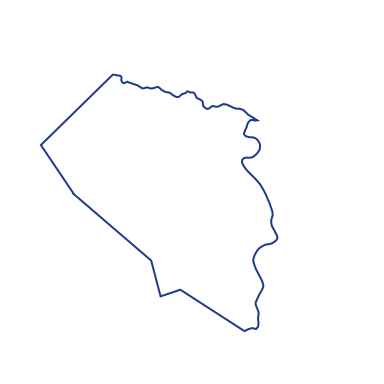 outline of St. Joseph Estate, Dennery, Saint Lucia, rotated 134°
{"feature_id": "8701671B99871718233737", "entity_name": "St. Joseph Estate", "entity_type": "district", "adm_level": 2, "iso_a3": "LCA", "parent_name": "Saint Lucia", "parent_adm1": "Dennery", "projection": "equal_earth", "projection_center": [-60.918, 13.902], "detail": "fine", "context": "isolated", "style": "outline", "palette": "blue", "viewbox_px": 384, "rotation_deg": 134, "n_neighbors": 0, "source": "geoboundaries", "source_scale": "gbopen_adm2", "svg_char_len": 3062}
<svg xmlns="http://www.w3.org/2000/svg" viewBox="0 0 384 384"><g transform="rotate(134 192 192)"><path d="M97.4,205.5L97.3,207.3L97.3,210.3L97.5,212.3L98.3,214.1L99.3,216.0L100.6,217.3L101.3,218.2L102.4,220.1L103.1,222.3L104.5,226.5L105.1,228.1L106.1,229.1L106.6,230.2L107.1,230.5L110.2,231.8L112.6,232.6L113.5,233.4L114.6,234.8L115.1,235.9L115.8,236.9L118.1,237.6L120.4,237.8L121.4,238.5L121.8,239.1L122.4,240.8L122.3,241.4L122.4,243.4L119.5,247.4L119.5,248.0L119.7,249.9L120.5,252.2L120.9,253.5L120.9,254.4L120.1,256.4L119.4,258.6L119.3,259.3L119.8,260.6L121.1,261.8L121.6,262.5L121.9,263.2L122.4,264.7L122.9,265.3L123.9,265.3L125.1,265.3L126.0,265.8L128.2,266.9L129.4,267.4L132.0,267.3L132.8,267.7L133.5,268.2L134.5,269.2L135.0,270.7L135.6,272.9L135.7,273.7L135.7,274.8L136.0,276.3L136.2,277.5L137.3,278.6L138.6,281.1L139.3,283.1L139.7,285.3L139.7,288.2L139.9,289.1L140.4,289.8L142.4,291.0L144.3,292.0L145.9,293.3L146.8,294.6L147.7,296.8L148.0,297.1L149.9,298.1L151.3,299.0L151.9,299.8L152.5,301.9L153.0,305.0L154.1,307.3L155.3,309.8L156.8,312.9L157.5,315.1L159.1,315.6L161.0,316.6L161.5,317.7L161.4,319.0L160.7,320.5L158.6,322.2L158.1,323.3L158.5,324.8L160.3,327.0L161.2,328.8L162.7,330.5L263.2,333.3L275.3,276.5L275.7,276.4L269.7,174.4L269.7,173.7L288.9,142.1L270.4,132.5L255.7,58.0L255.1,57.4L253.2,56.7L251.4,56.1L250.5,55.5L249.4,55.0L247.9,54.0L246.1,50.7L243.0,50.9L242.4,51.3L240.8,52.5L239.8,53.5L236.7,57.1L235.2,58.1L234.5,58.6L233.1,59.5L232.1,61.0L230.9,63.2L230.5,64.3L230.4,64.7L229.8,66.0L229.2,67.1L228.7,67.9L228.2,68.7L226.8,69.6L225.4,70.2L224.5,70.5L219.9,72.1L219.6,72.2L214.1,73.6L211.8,74.4L211.4,74.5L209.7,75.7L209.0,76.8L208.7,77.2L207.7,79.0L207.0,80.8L206.7,81.4L205.4,85.5L204.5,88.0L203.1,92.2L201.5,95.8L201.3,96.1L199.7,99.1L198.5,100.5L197.9,101.2L196.4,101.9L195.9,102.1L193.9,103.1L193.1,103.3L191.8,103.7L188.3,104.5L185.3,104.5L181.8,103.7L178.4,102.3L176.2,100.4L173.1,98.7L171.0,98.3L170.0,98.1L168.7,97.9L168.0,97.9L166.4,98.2L165.3,99.0L165.2,99.1L165.0,99.5L164.2,101.0L163.0,104.5L161.5,109.1L161.0,110.8L159.2,113.5L157.4,115.4L154.6,116.8L152.6,117.8L151.9,118.7L150.3,120.5L149.3,122.4L149.0,123.0L146.9,127.1L146.4,127.9L145.1,131.2L143.8,134.3L142.3,137.7L141.1,141.3L139.2,148.2L138.8,151.9L138.6,154.0L138.4,162.8L138.3,167.0L138.2,168.1L137.4,172.8L136.4,175.7L136.1,176.2L135.7,176.8L134.7,177.6L133.9,178.2L131.6,178.2L129.8,177.1L129.6,176.9L128.2,175.2L126.8,173.9L126.1,173.4L125.4,173.0L124.4,172.5L122.8,172.2L122.5,172.1L120.0,172.0L118.7,172.0L118.0,172.0L114.9,172.8L114.5,172.8L113.7,173.3L112.9,173.9L112.2,174.6L111.0,175.6L109.9,177.4L109.8,177.7L109.2,180.1L109.0,181.7L109.2,183.1L109.3,183.9L110.2,185.9L110.6,186.3L111.2,187.0L112.2,188.2L112.9,189.1L113.8,190.7L114.2,191.4L114.4,191.8L114.5,192.2L114.5,193.2L114.4,193.9L114.2,194.9L113.1,195.6L112.9,195.7L110.2,196.8L107.3,197.8L106.3,198.5L103.3,199.8L101.5,199.9L100.0,200.0L99.8,199.8L98.9,199.3L98.1,198.3L97.7,197.8L97.3,197.0L96.8,196.2L96.5,195.9L95.1,194.8L97.4,205.5Z" fill="none" stroke="#1e3a8a" stroke-width="2"/></g></svg>